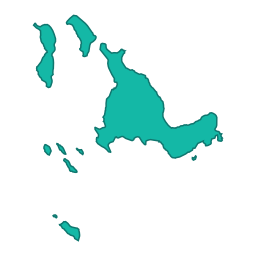 Palm Island, Queensland, Australia
{"feature_id": "25037944B36323732446250", "entity_name": "Palm Island", "entity_type": "district", "adm_level": 2, "iso_a3": "AUS", "parent_name": "Australia", "parent_adm1": "Queensland", "projection": "robinson", "projection_center": [146.576, -18.75], "detail": "fine", "context": "isolated", "style": "filled", "palette": "teal", "viewbox_px": 256, "rotation_deg": 0, "n_neighbors": 0, "source": "geoboundaries", "source_scale": "gbopen_adm2", "svg_char_len": 5685}
<svg xmlns="http://www.w3.org/2000/svg" viewBox="0 0 256 256"><path d="M108.1,145.0L109.1,143.4L110.3,142.5L113.1,141.6L115.4,137.2L116.5,136.9L117.1,137.8L118.4,137.9L121.3,136.6L123.0,136.5L125.7,138.4L131.6,140.5L132.6,140.5L133.8,139.6L134.2,138.3L135.8,137.2L137.7,136.7L139.4,137.3L142.2,141.9L144.5,144.4L145.2,144.7L145.7,144.5L145.9,141.4L146.3,140.8L148.8,139.9L150.5,139.6L159.1,141.0L158.9,141.7L159.4,141.6L159.8,142.0L160.8,142.2L161.6,143.6L162.8,144.5L163.6,147.5L164.3,148.6L165.1,148.9L165.4,149.7L167.3,150.8L168.4,152.5L168.4,153.4L169.6,154.5L170.7,156.2L172.3,157.6L175.6,158.0L175.8,157.7L179.7,156.9L185.7,153.9L188.1,152.1L189.0,152.2L189.7,151.8L192.4,150.1L193.1,148.2L194.9,148.2L197.8,143.4L203.3,141.0L203.1,141.9L203.6,142.7L205.6,144.3L205.5,145.3L205.8,145.8L207.8,145.5L210.6,144.1L211.2,143.1L211.0,141.4L211.8,138.9L214.8,138.1L215.6,135.7L217.5,135.0L217.9,138.4L217.7,139.7L218.1,140.6L218.6,140.8L221.1,141.2L221.7,140.9L222.3,140.1L221.6,138.5L222.4,138.1L221.0,136.3L221.0,135.2L221.7,133.9L219.7,133.7L219.7,132.6L219.1,131.9L218.6,131.5L218.2,131.6L216.1,130.9L214.9,129.7L215.0,128.8L216.3,126.8L216.7,125.2L216.8,117.4L216.0,115.5L214.9,114.4L213.0,113.3L211.6,112.8L209.9,113.0L209.1,114.0L207.4,115.2L205.1,115.3L203.3,116.1L201.7,117.2L200.5,119.6L198.5,120.4L197.8,121.0L195.8,121.6L193.5,123.6L191.0,124.0L188.6,125.1L187.4,125.2L186.3,124.8L185.7,125.1L185.1,124.9L184.0,125.0L183.0,125.7L180.7,125.9L179.2,127.0L177.3,127.1L176.4,127.9L175.2,127.9L175.1,128.2L172.2,127.7L171.6,128.1L170.1,127.0L168.2,125.3L165.4,121.6L163.6,118.4L162.9,116.4L162.9,112.9L163.4,111.8L164.0,108.2L163.6,107.7L163.5,104.9L162.9,101.8L161.0,99.8L160.6,98.4L159.7,97.0L159.0,96.9L157.8,95.5L156.8,93.4L156.6,92.1L155.8,91.6L152.9,88.0L151.8,87.3L149.9,84.8L149.6,83.4L148.8,82.1L148.4,80.2L147.8,78.9L146.6,78.0L145.7,78.1L145.3,77.4L145.6,76.1L145.2,75.5L141.0,73.9L139.5,74.3L138.7,74.0L135.0,72.1L134.5,71.5L134.4,71.0L133.2,70.5L132.3,69.8L130.3,70.2L127.0,68.3L125.9,68.0L122.2,62.3L121.7,61.0L121.7,57.6L123.4,53.9L124.6,52.9L124.5,51.5L124.8,51.1L124.4,51.2L124.2,50.7L123.7,50.6L123.8,50.3L122.6,49.9L122.0,49.3L121.5,49.3L120.9,49.6L120.7,50.5L119.9,50.8L119.3,51.6L117.2,52.9L114.0,52.7L111.5,53.1L106.9,49.3L106.1,47.6L105.9,44.7L105.5,44.2L104.8,43.8L102.2,43.4L101.1,44.0L100.8,44.7L100.1,49.5L107.9,59.3L108.2,60.2L107.8,63.4L108.3,66.5L108.9,68.3L111.9,74.5L114.4,78.6L114.4,79.4L114.2,79.7L114.3,81.5L114.8,82.1L116.7,82.3L117.3,84.1L116.8,86.0L115.6,88.1L115.2,88.3L114.6,88.0L114.0,88.2L113.8,89.4L113.4,89.7L112.7,89.3L111.9,89.6L109.3,96.4L106.6,99.1L106.1,103.2L106.1,106.8L105.6,107.8L105.5,110.7L105.1,111.0L105.2,111.6L104.5,115.1L103.0,117.2L104.0,118.4L103.9,121.0L103.5,121.5L104.1,121.8L105.5,126.2L104.8,127.4L102.7,127.7L100.0,129.2L98.6,129.0L95.3,127.4L95.0,127.5L95.1,129.4L98.4,134.3L98.5,136.1L98.1,137.1L97.7,137.4L97.8,137.6L96.7,137.6L96.4,139.3L96.6,140.4L96.3,141.4L97.8,143.6L101.8,146.4L104.4,147.7L106.7,149.6L108.6,151.8L110.6,152.2L110.7,151.9L108.3,146.3L108.1,145.0ZM44.6,48.6L45.8,49.6L46.1,50.5L46.8,50.7L47.2,52.3L46.2,52.8L44.7,54.6L44.6,55.5L42.7,57.8L41.1,61.8L37.4,66.7L36.9,66.8L36.6,68.4L36.9,69.5L36.7,70.2L38.2,71.7L38.3,74.5L39.0,75.2L39.6,76.7L41.2,78.1L41.9,80.0L45.7,82.1L46.6,83.9L46.4,86.2L48.4,87.5L50.0,87.1L50.8,85.9L52.0,82.0L52.0,80.2L51.3,78.0L51.2,76.3L53.1,74.4L52.8,73.0L53.0,69.6L53.3,68.8L53.5,62.8L53.3,59.7L52.7,56.9L51.9,55.8L52.1,53.7L54.6,50.6L55.0,49.4L54.9,47.5L54.2,45.7L54.2,44.2L55.5,41.5L55.5,38.7L54.2,34.4L52.7,30.6L50.8,27.5L48.8,25.4L47.1,24.5L45.9,24.8L45.0,24.5L42.5,25.3L40.4,26.7L39.9,26.7L37.5,25.9L36.2,24.7L35.5,23.4L34.9,23.4L33.6,25.2L36.4,27.9L38.8,29.2L40.5,30.7L40.7,35.3L40.4,36.1L40.4,37.8L40.7,38.5L41.1,41.0L42.0,42.8L43.2,44.0L44.0,46.4L44.7,47.5L44.6,48.6ZM81.4,43.5L80.9,44.6L80.8,47.2L80.5,48.2L79.8,48.8L79.9,49.5L80.9,50.5L83.0,51.8L83.4,54.4L82.9,55.7L83.3,56.3L84.8,56.5L87.0,55.7L87.4,53.8L88.8,51.4L89.8,45.2L90.6,43.1L93.4,41.3L95.2,39.5L96.0,37.8L95.9,36.5L95.0,35.7L93.5,35.3L92.5,32.7L92.1,32.5L87.4,25.7L85.3,23.4L76.6,15.9L73.5,15.4L69.9,18.4L67.3,21.2L66.5,22.5L66.7,23.7L67.4,24.3L69.0,23.8L71.7,24.6L72.7,25.5L73.8,27.5L74.4,29.6L75.4,30.5L76.0,31.5L76.5,32.8L76.5,33.6L77.2,34.3L77.8,35.4L77.8,36.2L79.5,38.0L81.1,41.1L81.4,43.5ZM71.6,227.0L69.9,226.0L67.8,223.3L65.6,221.6L64.7,221.8L63.8,221.7L61.9,223.7L61.4,223.7L60.5,224.6L59.6,224.6L59.9,225.3L60.9,225.7L61.5,226.4L62.4,228.1L64.1,229.0L64.6,229.9L65.3,230.4L67.7,233.4L69.7,234.4L70.2,235.0L73.1,235.9L73.8,236.5L74.6,237.7L74.7,238.5L78.3,240.6L79.5,236.4L79.6,235.1L79.3,232.2L78.8,230.5L78.8,229.4L77.1,228.1L76.3,228.1L71.6,227.0ZM64.3,158.9L63.8,160.1L63.8,160.6L66.2,162.7L66.6,164.1L68.3,167.2L69.2,168.3L69.7,170.3L70.4,171.2L71.4,171.2L72.3,171.4L72.6,171.8L75.1,172.3L76.4,172.3L77.0,171.9L76.4,170.3L75.7,169.9L72.8,166.6L71.3,166.4L70.9,165.6L70.3,165.2L69.6,163.2L68.6,161.3L67.4,160.3L66.5,160.0L65.1,158.8L64.3,158.9ZM43.9,148.2L44.9,150.1L44.8,151.2L47.7,154.4L49.3,155.0L51.1,151.0L50.0,148.0L49.1,146.6L45.8,144.7L45.0,144.7L44.1,146.6L43.9,148.2ZM56.8,144.1L57.9,145.3L59.7,149.8L61.3,150.5L61.7,151.5L63.8,153.6L65.2,154.2L65.8,154.0L63.3,148.3L62.0,146.7L60.5,145.8L60.0,145.1L58.6,144.9L58.0,143.8L56.9,143.6L56.8,144.1ZM83.0,152.2L81.5,149.7L79.6,149.9L77.9,149.3L76.9,148.4L76.5,148.8L77.4,150.1L78.9,150.9L79.8,152.5L82.7,154.5L83.2,153.6L83.0,152.2ZM196.2,156.8L195.9,156.1L195.6,155.9L194.7,157.2L193.5,158.0L192.4,157.6L192.3,158.5L192.5,159.3L193.4,160.1L195.4,159.2L196.2,156.8ZM53.1,215.7L53.6,216.6L55.1,216.9L56.2,217.8L56.8,217.3L56.8,216.2L55.6,215.0L54.1,215.0L53.1,215.7Z" fill="#14b8a6" stroke="#0f766e" stroke-width="1.5"/></svg>